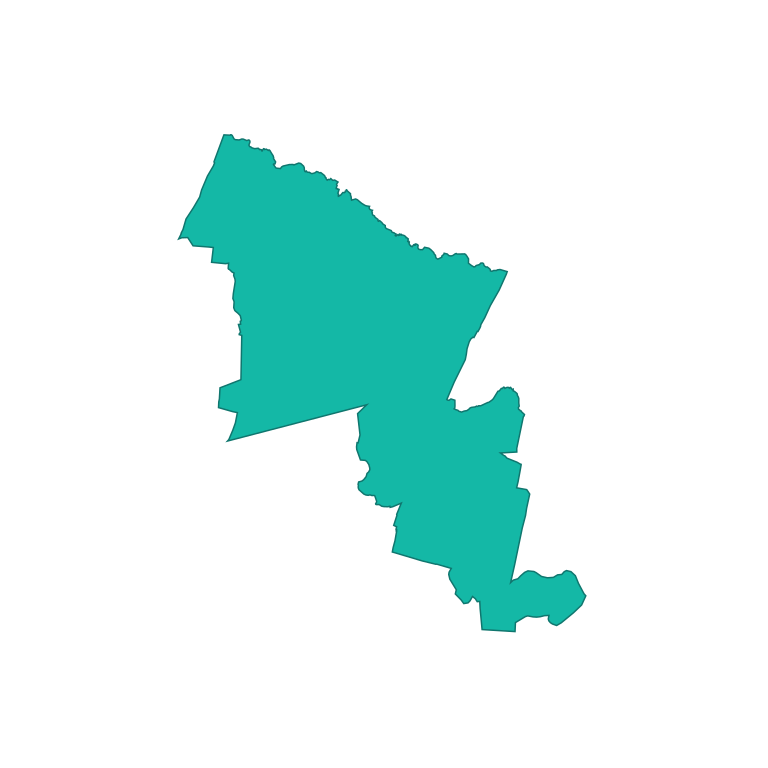 Matasaru, Dâmbovita, Romania (Albers equal-area conic projection), rotated 329°
{"feature_id": "2599482B12990773246129", "entity_name": "Matasaru", "entity_type": "district", "adm_level": 2, "iso_a3": "ROU", "parent_name": "Romania", "parent_adm1": "Dâmbovita", "projection": "albers", "projection_center": [25.452, 44.69], "detail": "fine", "context": "isolated", "style": "filled", "palette": "teal", "viewbox_px": 768, "rotation_deg": 329, "n_neighbors": 0, "source": "geoboundaries", "source_scale": "gbopen_adm2", "svg_char_len": 6140}
<svg xmlns="http://www.w3.org/2000/svg" viewBox="0 0 768 768"><g transform="rotate(329 384 384)"><path d="M488.7,482.5L487.6,478.7L487.7,477.8L487.0,477.1L487.0,476.2L486.3,475.1L487.1,473.3L488.5,472.6L489.7,469.8L492.0,466.0L492.4,464.5L492.5,462.3L493.1,461.2L493.0,460.2L492.0,457.4L491.2,456.4L492.1,454.9L491.0,454.7L490.8,452.1L490.3,451.9L489.3,452.2L488.9,451.0L488.2,450.5L487.0,450.1L485.4,450.1L485.4,448.8L484.8,448.3L483.1,448.8L482.3,448.2L479.3,449.3L477.9,448.9L470.2,452.9L468.3,453.4L464.4,453.7L463.4,453.3L455.7,452.5L453.9,451.4L452.8,451.5L451.9,450.6L450.4,450.6L446.7,449.0L444.8,448.9L444.2,449.3L441.3,449.5L438.8,448.5L436.0,448.0L434.0,445.7L433.8,444.6L432.4,443.1L431.3,441.4L432.4,440.9L433.5,439.4L436.4,434.4L433.7,431.3L431.3,431.5L430.3,430.6L429.8,429.7L445.2,418.5L466.2,405.0L469.9,400.9L473.3,396.6L478.8,391.7L481.6,390.1L484.4,389.7L485.0,390.5L491.1,386.9L491.6,387.4L494.7,385.6L496.3,384.5L497.6,383.0L504.5,379.1L515.6,371.5L531.1,362.8L545.4,352.9L547.5,351.1L542.4,345.6L539.8,344.5L539.0,344.7L536.5,343.2L534.6,343.0L533.5,341.9L534.0,340.6L533.9,339.7L532.8,336.8L531.7,336.3L531.2,335.2L530.8,334.2L531.3,331.9L530.6,330.9L529.1,330.2L527.3,330.8L524.0,329.9L522.6,330.3L521.4,330.0L520.1,327.7L518.6,324.0L520.9,320.3L520.9,317.2L520.7,315.0L520.1,314.0L513.6,310.3L513.2,309.4L512.2,309.1L509.2,309.3L507.4,308.8L505.7,307.3L505.2,305.2L502.9,302.9L502.0,303.7L499.5,304.1L498.8,305.1L494.4,304.7L493.6,303.1L493.7,301.8L494.4,300.2L494.0,298.2L494.3,297.0L493.3,292.9L492.4,290.7L489.2,287.7L486.3,288.7L484.5,287.7L483.2,286.4L483.1,285.5L483.3,284.4L484.6,282.8L484.6,281.9L483.5,280.4L482.5,281.1L481.8,280.8L482.1,280.1L481.2,279.9L478.9,280.8L477.9,279.7L478.2,279.2L477.6,277.8L478.0,276.2L478.8,275.4L478.8,275.1L478.3,275.3L477.8,274.0L478.9,273.1L478.9,272.6L479.5,272.1L478.8,270.2L478.3,270.0L478.5,269.1L478.3,268.3L477.6,266.9L476.2,265.5L475.8,264.4L475.5,264.3L475.2,264.8L474.4,263.4L474.0,263.6L473.7,264.3L472.9,264.1L472.7,263.1L470.5,263.3L470.2,262.9L470.1,262.6L471.4,262.0L471.6,261.6L470.5,260.1L470.5,259.5L469.1,258.2L469.2,256.2L466.0,251.9L465.8,250.4L466.7,248.8L465.5,246.4L465.3,244.5L464.4,241.7L463.0,241.6L462.9,240.9L463.6,239.9L462.2,236.5L462.4,235.0L461.5,233.7L461.5,232.7L461.8,231.5L462.2,231.2L462.3,230.0L463.6,229.2L462.3,227.9L461.8,227.0L461.9,225.6L462.4,224.8L463.1,224.3L460.7,222.3L459.7,221.1L457.9,217.6L456.1,212.4L455.0,210.8L450.9,209.7L452.4,206.1L452.5,204.9L453.3,203.6L452.0,199.6L452.0,198.3L451.6,198.2L450.9,198.9L450.0,198.8L449.5,199.5L448.8,199.6L447.3,198.7L444.1,199.8L441.6,199.6L441.7,199.1L442.8,198.0L442.6,197.0L442.9,196.6L445.7,194.1L445.5,193.6L444.9,193.4L444.5,193.1L444.5,192.5L443.7,191.9L444.1,191.3L446.1,189.6L445.9,189.1L446.3,188.2L448.6,187.2L446.8,183.8L444.9,183.0L444.2,180.5L442.7,180.9L441.8,180.0L440.3,180.0L440.1,178.1L440.5,177.2L440.1,176.5L440.4,175.3L440.3,174.4L438.7,170.2L437.7,169.9L437.1,169.3L436.9,168.6L435.7,167.2L433.3,167.4L430.7,166.6L430.0,166.0L429.0,164.0L427.6,163.2L427.2,162.4L427.1,161.4L425.9,161.5L425.7,161.0L426.1,159.3L427.0,157.6L427.3,155.9L426.2,152.1L424.7,150.7L419.6,149.8L419.1,149.0L416.0,147.2L409.8,145.2L408.0,145.2L406.2,146.0L403.0,143.6L402.6,142.9L402.3,138.9L402.6,138.6L403.9,139.2L405.5,137.8L405.4,134.0L406.0,133.2L406.5,131.3L406.4,126.7L406.5,125.8L406.3,124.6L406.0,124.1L405.1,124.2L404.1,122.1L402.4,121.5L402.4,120.6L402.0,120.3L400.6,120.8L399.8,121.5L399.4,121.4L399.5,120.0L398.7,119.2L398.0,118.9L398.0,118.1L397.6,117.1L394.4,115.7L392.8,114.0L392.2,113.1L392.0,112.3L391.2,111.4L391.1,110.2L391.4,109.5L393.6,107.7L394.2,106.6L393.9,105.2L391.7,104.6L389.6,101.7L388.4,100.8L385.5,100.2L382.3,97.9L381.7,96.7L381.9,92.8L381.5,91.8L380.7,91.3L380.3,91.5L375.1,88.0L352.8,105.9L352.6,106.2L352.7,107.2L349.9,109.3L339.8,114.8L327.5,123.8L322.3,128.8L311.5,134.7L299.3,140.6L291.2,148.1L287.7,150.3L287.7,150.7L282.7,153.9L286.0,154.5L291.2,157.4L291.5,167.2L304.6,176.5L308.0,179.1L298.9,190.9L310.2,199.3L313.0,200.4L310.0,204.6L309.9,205.5L310.4,206.0L311.5,210.0L312.6,211.6L311.0,213.6L310.3,217.3L309.3,219.5L301.4,228.9L298.5,232.9L297.9,236.3L294.5,241.2L294.0,243.9L294.1,244.8L295.2,247.9L296.0,251.3L294.6,255.7L294.2,256.2L293.1,256.2L291.9,258.9L289.9,258.0L287.7,265.7L285.8,266.4L285.3,267.1L287.1,269.1L263.8,306.3L263.5,306.6L241.5,302.8L235.2,312.0L233.1,314.3L230.0,319.0L240.2,329.9L243.6,333.0L236.6,340.8L230.5,345.8L222.4,351.7L220.5,352.3L358.5,392.9L346.1,395.8L337.2,415.3L331.5,421.1L330.7,420.4L328.1,423.7L326.9,426.1L324.7,437.0L328.7,439.9L329.4,441.8L329.5,445.3L328.5,448.7L327.7,450.2L325.5,451.5L323.4,451.9L321.0,454.2L317.2,455.6L315.0,455.8L311.8,454.9L310.1,456.6L309.9,457.6L308.9,458.9L308.4,459.9L308.1,461.8L310.0,467.9L311.3,469.8L313.2,471.3L314.9,471.8L316.1,473.3L318.2,474.5L318.5,475.2L317.3,480.7L316.8,481.4L315.1,482.4L315.0,482.8L315.2,483.3L317.8,484.9L319.1,487.6L320.7,489.0L324.1,491.2L326.1,491.8L325.7,492.9L328.3,493.7L337.5,495.0L327.7,502.3L327.5,503.2L319.5,510.2L321.3,512.9L319.5,514.7L319.9,515.2L318.8,516.1L319.2,516.5L312.6,524.1L307.7,528.8L304.6,532.3L325.8,555.5L335.6,565.2L336.3,565.5L346.7,576.7L342.9,578.8L341.4,580.6L339.9,585.2L340.0,597.6L337.0,600.7L338.9,608.8L339.3,613.3L343.3,614.9L346.0,614.2L350.4,611.7L351.7,615.1L351.8,618.6L354.1,619.7L350.7,626.1L341.6,645.0L368.8,663.7L373.8,656.2L385.4,656.2L387.8,656.8L391.8,660.4L394.9,662.5L398.2,664.0L402.2,665.2L406.2,667.3L403.8,670.0L403.3,671.9L403.7,674.3L404.8,676.5L407.6,679.9L412.9,680.0L428.4,677.7L439.6,675.2L447.9,669.5L447.4,666.8L448.0,655.1L449.3,646.9L447.6,641.1L444.3,637.9L441.8,637.7L438.3,638.8L434.5,637.0L429.6,637.0L424.3,634.3L419.9,630.1L417.2,624.0L415.9,621.9L411.1,618.3L407.5,617.9L402.4,618.8L398.4,619.9L393.8,618.7L390.2,619.5L402.8,606.3L428.4,578.6L437.6,569.6L442.3,563.9L452.2,553.4L452.0,548.4L451.7,547.8L444.2,541.3L448.6,536.8L457.0,527.3L460.1,523.7L460.1,523.2L459.6,522.9L457.8,519.6L451.2,510.9L450.6,507.8L449.9,507.0L448.3,503.1L462.8,510.7L464.6,507.6L486.5,483.9L487.6,483.5L488.7,482.5Z" fill="#14b8a6" stroke="#0f766e" stroke-width="1.5"/></g></svg>